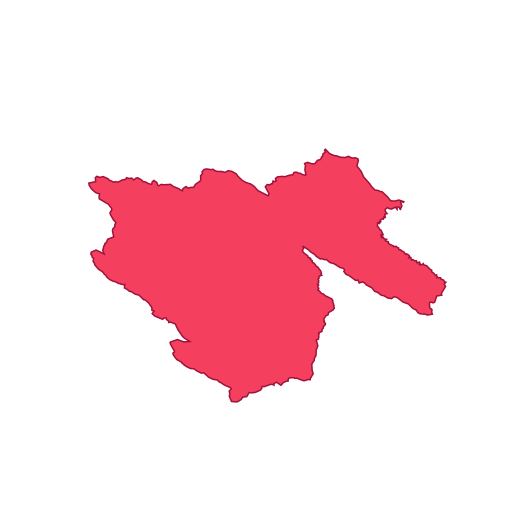 outline of Pacho, Cundinamarca, Colombia, rotated 122°
{"feature_id": "7082276B92865884587662", "entity_name": "Pacho", "entity_type": "district", "adm_level": 2, "iso_a3": "COL", "parent_name": "Colombia", "parent_adm1": "Cundinamarca", "projection": "equal_earth", "projection_center": [-74.189, 5.166], "detail": "fine", "context": "isolated", "style": "filled", "palette": "rose", "viewbox_px": 512, "rotation_deg": 122, "n_neighbors": 0, "source": "geoboundaries", "source_scale": "gbopen_adm2", "svg_char_len": 6122}
<svg xmlns="http://www.w3.org/2000/svg" viewBox="0 0 512 512"><g transform="rotate(122 256 256)"><path d="M290.3,160.8L288.7,161.1L287.9,162.1L285.1,160.1L283.0,161.1L281.7,160.7L280.0,161.4L277.4,160.8L276.3,161.5L275.8,163.5L274.9,163.5L274.8,164.2L273.0,165.2L269.6,164.9L267.6,163.7L265.5,164.5L261.1,162.1L258.7,161.9L257.2,163.7L256.7,163.6L253.8,167.0L253.2,167.1L252.2,168.9L253.0,176.4L252.5,178.5L253.0,180.6L251.9,184.5L252.0,185.7L250.1,185.6L249.5,186.9L248.4,187.8L247.4,187.5L247.4,188.9L245.0,188.8L244.4,189.7L243.6,189.8L243.0,191.0L241.5,190.7L239.9,191.8L237.4,190.0L237.0,191.1L236.1,191.3L234.5,193.0L232.6,198.0L232.9,199.8L232.1,200.6L231.3,203.1L231.6,204.8L230.1,206.0L230.1,208.2L229.2,208.3L229.1,209.9L229.6,210.9L228.4,212.3L228.1,216.7L227.4,218.6L226.7,219.6L224.0,219.7L222.9,221.7L222.9,215.1L223.6,211.8L223.6,207.3L224.3,204.7L224.5,199.9L223.5,198.9L222.9,196.1L221.7,194.4L222.4,189.9L221.2,185.8L221.2,178.7L220.2,175.2L220.9,173.4L222.6,173.3L223.8,170.0L223.3,166.6L223.9,158.5L222.4,156.8L224.2,154.1L221.9,152.3L221.3,151.1L221.6,147.9L222.1,147.3L221.6,140.9L223.1,136.6L222.4,133.5L222.9,129.4L221.9,126.1L221.8,122.0L220.3,118.4L217.2,117.3L216.4,114.1L217.2,107.0L215.9,101.2L217.3,95.6L217.0,91.2L218.2,88.9L218.2,86.6L215.7,81.6L215.3,79.4L211.9,75.6L210.3,77.4L208.5,78.1L207.9,79.1L208.2,80.1L207.7,81.4L204.1,83.9L202.8,83.7L202.0,82.1L202.0,81.1L200.6,80.0L194.1,81.5L190.8,77.7L189.3,79.0L181.4,79.1L180.0,81.5L177.6,81.1L178.0,82.3L177.0,84.1L177.6,86.9L177.0,87.2L176.7,88.1L178.4,91.0L177.7,91.1L177.5,92.0L176.3,92.8L177.0,93.3L177.1,94.3L176.4,96.3L176.3,98.6L174.9,99.5L175.1,100.8L173.8,106.3L174.6,108.7L173.8,110.2L174.9,110.3L176.8,112.5L176.4,113.1L175.4,112.9L174.5,114.2L176.5,115.8L175.0,117.5L176.0,118.7L175.9,121.1L177.0,122.0L175.2,124.0L176.5,125.5L174.9,125.6L174.4,126.5L174.2,128.6L175.1,129.5L174.6,130.0L175.1,130.9L174.2,132.6L174.4,135.9L174.1,136.7L174.9,138.4L173.6,139.3L173.9,141.3L173.5,142.3L175.1,144.0L174.6,144.6L175.2,148.7L174.9,150.7L173.8,151.3L174.6,154.2L174.1,154.6L172.7,154.2L173.5,156.3L172.7,158.0L173.5,158.3L173.7,159.2L172.8,159.1L172.8,160.5L172.0,160.2L171.7,161.0L170.6,159.4L167.8,163.7L167.9,165.3L166.6,167.4L166.7,168.6L163.5,170.4L163.1,168.8L162.2,169.5L161.9,168.6L161.3,169.2L160.6,168.4L159.7,169.7L157.9,168.8L157.3,167.6L156.6,168.1L155.8,167.5L155.1,168.1L154.7,166.9L152.3,168.9L150.6,167.3L149.4,170.4L147.7,171.1L145.3,170.1L145.2,168.1L144.3,165.8L140.7,163.7L141.7,161.1L139.8,162.1L138.9,161.2L138.7,160.1L139.9,158.9L139.9,158.2L136.1,158.9L133.6,162.1L132.7,161.4L132.4,159.4L131.6,159.4L132.8,164.5L135.7,167.2L137.5,170.3L137.5,172.3L136.2,175.5L134.7,183.0L135.5,185.1L135.7,187.2L137.0,190.1L135.8,195.0L134.6,197.5L131.9,206.6L128.5,211.7L126.2,218.1L120.6,219.9L119.6,221.1L119.8,222.9L120.6,224.7L121.5,225.3L122.2,227.5L122.5,230.5L125.2,232.5L127.4,236.6L128.4,240.9L129.3,242.4L130.2,247.8L128.5,254.3L129.2,253.5L130.1,253.9L131.1,252.2L133.8,253.3L136.1,252.4L137.2,252.9L139.0,252.4L140.6,252.9L142.2,254.6L146.4,255.0L147.4,256.0L148.4,258.3L149.3,262.0L151.8,263.8L153.0,262.1L157.0,260.2L160.6,256.8L161.4,256.9L162.4,260.3L162.4,262.4L163.3,263.9L163.2,265.3L164.2,267.3L165.3,268.1L167.6,267.8L169.6,270.3L173.7,273.8L174.5,275.9L177.6,279.8L180.0,280.6L181.6,278.7L182.9,279.7L183.4,281.3L186.1,280.4L186.7,281.4L188.2,281.8L189.5,284.4L192.4,284.8L196.2,278.1L198.5,277.5L199.5,289.1L197.9,294.5L197.7,298.5L199.0,303.6L199.2,307.4L198.0,313.4L196.8,316.3L197.0,321.2L198.4,324.8L201.5,326.6L202.4,329.7L204.9,333.9L205.4,336.3L205.2,338.5L206.3,339.4L208.4,344.1L210.1,345.9L213.2,346.4L214.8,345.0L217.2,345.6L220.6,343.3L222.1,343.1L227.2,345.3L230.8,345.3L232.8,348.2L234.4,349.3L234.2,352.2L237.2,353.5L238.5,353.6L239.5,353.0L240.1,354.8L239.8,357.3L240.9,363.0L240.5,366.4L244.6,372.1L245.4,374.2L248.1,375.8L248.1,376.6L246.2,379.1L246.0,382.7L248.4,383.3L250.2,382.5L250.7,382.8L251.5,385.2L251.8,389.1L252.7,391.0L252.1,394.3L252.4,397.9L253.5,399.0L256.3,399.9L255.8,402.6L257.5,404.7L258.2,407.3L260.0,407.1L262.5,409.8L265.6,411.6L267.4,413.7L267.4,414.7L268.7,415.6L269.4,420.9L268.9,422.4L269.6,427.6L272.2,430.3L272.7,433.1L274.7,433.8L277.9,431.4L282.7,436.4L284.4,435.0L286.3,431.0L287.2,425.6L286.3,421.4L289.0,420.5L290.6,419.2L290.3,408.7L292.1,403.9L293.2,402.7L296.6,402.8L297.9,401.6L301.0,395.9L301.8,392.6L304.7,392.2L305.9,391.1L308.5,391.8L310.6,391.2L315.2,386.8L320.4,390.7L323.9,390.0L325.4,390.8L326.9,390.0L327.8,390.4L332.4,389.0L334.7,385.8L335.7,394.8L340.1,397.8L342.1,396.9L342.6,395.3L343.8,394.4L344.0,392.6L347.0,391.2L347.8,389.1L349.0,387.9L350.7,382.5L350.7,377.9L351.9,374.5L351.9,373.2L352.9,371.5L353.5,367.7L353.1,363.7L352.3,361.4L352.1,357.7L351.2,356.3L351.5,355.3L350.8,354.4L350.5,352.5L349.8,352.1L352.8,350.7L352.6,347.6L353.0,344.8L352.3,342.4L352.4,338.3L351.2,334.4L352.6,328.1L352.1,327.2L352.1,325.8L352.7,322.1L355.0,317.0L357.3,315.4L356.7,313.2L359.9,313.5L360.6,310.3L359.2,301.6L357.4,301.2L356.2,299.7L356.4,298.9L357.2,298.5L357.6,295.3L358.6,294.8L357.3,293.1L356.4,288.4L359.9,283.1L363.0,276.0L363.6,273.7L363.6,266.9L367.1,271.7L368.5,278.4L374.2,282.9L375.0,283.0L376.0,281.9L380.1,274.5L381.0,274.3L382.3,275.0L383.5,274.0L384.7,271.3L385.8,268.4L385.5,262.9L386.2,261.7L386.0,259.7L386.6,259.3L386.5,254.6L386.0,251.5L384.5,248.9L384.8,245.2L384.3,240.2L382.7,238.4L383.9,231.9L383.3,226.9L381.6,223.0L382.4,220.1L382.0,219.0L382.2,214.6L381.2,208.0L381.6,206.6L384.8,207.1L386.8,205.2L389.1,204.3L392.4,199.7L390.2,195.4L388.9,194.1L385.5,192.5L382.8,192.5L380.1,189.3L375.5,189.5L374.2,186.9L371.9,184.2L367.6,181.3L365.3,180.9L364.3,181.7L363.2,181.5L362.6,179.9L357.0,175.5L356.2,174.1L356.0,172.3L354.6,173.2L352.2,171.7L352.4,166.3L348.7,165.7L345.6,163.5L345.2,162.5L342.7,163.5L341.2,162.5L339.3,159.7L339.2,158.2L338.1,156.9L336.6,149.8L335.9,148.6L333.1,146.3L332.3,144.5L330.9,145.0L325.5,145.1L323.2,147.8L318.1,151.4L313.6,151.3L311.6,152.3L308.5,152.4L304.1,155.0L299.3,156.0L295.4,160.4L293.5,159.0L291.2,159.9L290.3,160.8Z" fill="#f43f5e" stroke="#9f1239" stroke-width="1.5"/></g></svg>